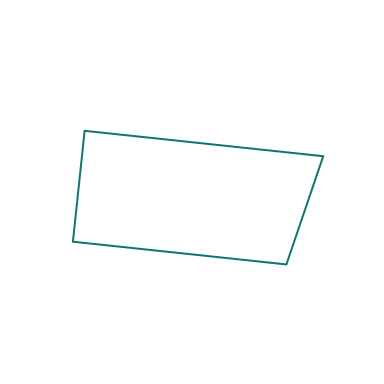 outline of 58, Ar Rayyān, Qatar, rotated 139°
{"feature_id": "91078587B98938999484026", "entity_name": "58", "entity_type": "district", "adm_level": 2, "iso_a3": "QAT", "parent_name": "Qatar", "parent_adm1": "Ar Rayyān", "projection": "orthographic", "projection_center": [51.48, 25.241], "detail": "fine", "context": "isolated", "style": "outline", "palette": "teal", "viewbox_px": 384, "rotation_deg": 139, "n_neighbors": 0, "source": "geoboundaries", "source_scale": "gbopen_adm2", "svg_char_len": 223}
<svg xmlns="http://www.w3.org/2000/svg" viewBox="0 0 384 384"><g transform="rotate(139 192 192)"><path d="M168.3,75.4L69.5,132.9L232.9,308.6L314.5,232.6L168.3,75.4Z" fill="none" stroke="#0f766e" stroke-width="2"/></g></svg>